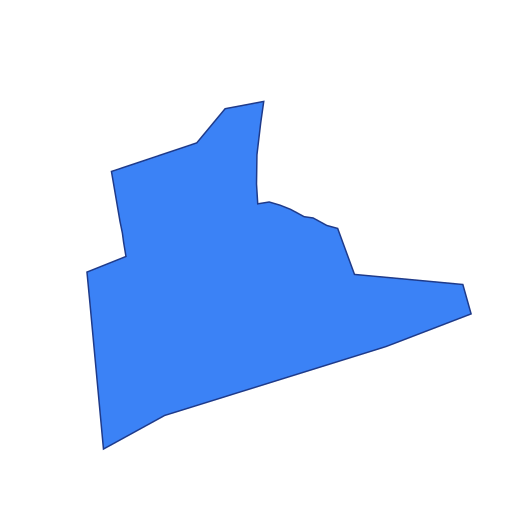 the district of Água Branca, Piauí, Brazil, rotated 346°
{"feature_id": "56859067B37931191276817", "entity_name": "Água Branca", "entity_type": "district", "adm_level": 2, "iso_a3": "BRA", "parent_name": "Brazil", "parent_adm1": "Piauí", "projection": "orthographic", "projection_center": [-42.619, -5.906], "detail": "fine", "context": "isolated", "style": "filled", "palette": "blue", "viewbox_px": 512, "rotation_deg": 346, "n_neighbors": 0, "source": "geoboundaries", "source_scale": "gbopen_adm2", "svg_char_len": 516}
<svg xmlns="http://www.w3.org/2000/svg" viewBox="0 0 512 512"><g transform="rotate(346 256 256)"><path d="M300.9,107.9L261.7,105.6L225.9,131.9L136.2,139.0L132.4,189.6L131.9,201.5L130.9,210.3L129.7,225.0L88.1,230.7L83.5,261.3L61.3,406.4L128.8,388.6L202.0,384.4L360.3,375.3L450.7,364.2L449.8,333.7L347.1,297.7L341.9,249.0L332.1,243.5L320.6,232.9L312.2,229.5L300.8,219.1L291.6,212.5L281.9,206.8L270.3,205.8L273.9,186.3L281.4,158.0L292.8,127.9L300.9,107.9Z" fill="#3b82f6" stroke="#1e3a8a" stroke-width="1.5"/></g></svg>